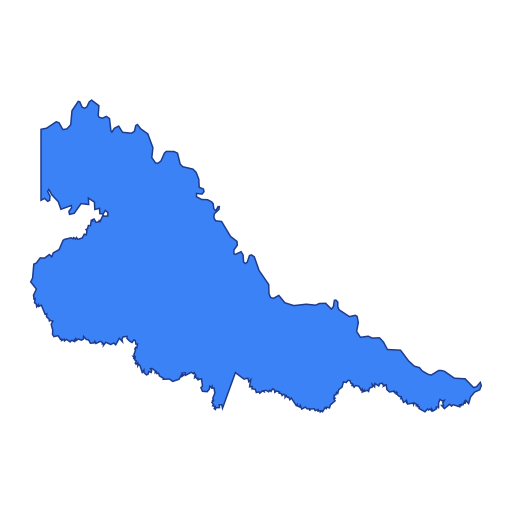 outline of Putumayo, Sucumbios, Ecuador
{"feature_id": "8360857B86865530067586", "entity_name": "Putumayo", "entity_type": "district", "adm_level": 2, "iso_a3": "ECU", "parent_name": "Ecuador", "parent_adm1": "Sucumbios", "projection": "equal_earth", "projection_center": [-75.989, 0.133], "detail": "fine", "context": "isolated", "style": "filled", "palette": "blue", "viewbox_px": 512, "rotation_deg": 0, "n_neighbors": 0, "source": "geoboundaries", "source_scale": "gbopen_adm2", "svg_char_len": 5990}
<svg xmlns="http://www.w3.org/2000/svg" viewBox="0 0 512 512"><path d="M346.3,382.5L347.9,380.4L349.9,380.5L351.0,383.4L352.4,383.7L351.8,386.2L352.8,384.6L354.1,387.2L355.6,385.5L358.8,386.2L361.1,390.1L362.2,389.1L362.2,391.8L363.8,390.3L363.5,391.6L367.3,390.3L368.6,391.4L369.4,388.2L372.5,386.9L372.2,384.2L374.6,386.8L374.9,383.5L378.7,386.0L379.6,383.8L382.3,383.2L383.2,385.1L384.5,385.1L383.9,386.0L386.2,384.9L386.9,389.6L389.6,392.0L394.2,391.1L394.5,392.7L396.4,392.1L396.0,393.5L397.2,393.2L396.9,394.3L399.4,396.5L401.3,396.7L400.9,398.4L401.6,398.0L403.5,402.4L405.8,401.0L406.4,402.2L406.7,401.0L407.6,404.0L413.1,403.1L413.6,404.6L414.1,402.9L416.6,404.4L416.3,405.4L417.7,405.0L417.4,406.6L419.3,406.9L419.0,408.5L425.0,411.8L427.5,409.0L428.6,410.0L429.9,409.0L431.4,410.6L431.7,409.0L432.8,411.1L436.5,408.8L436.1,407.3L438.1,406.6L438.6,408.4L438.6,402.8L440.0,399.4L442.4,401.0L444.3,400.3L442.8,402.9L443.5,405.5L441.7,405.5L444.4,408.6L449.5,404.3L451.5,406.1L453.1,404.7L459.7,406.8L459.5,405.0L460.7,404.6L460.8,406.3L461.6,404.4L462.9,404.9L464.5,401.7L465.0,403.8L465.9,400.5L468.6,403.6L470.6,396.9L474.6,392.1L479.7,389.8L481.3,385.7L480.3,382.4L476.7,386.6L473.6,387.6L465.1,378.8L454.3,378.2L444.5,371.3L441.3,370.5L438.6,370.5L431.2,375.1L428.0,374.3L422.2,370.9L419.4,367.6L414.3,366.2L408.5,360.8L400.5,350.2L387.4,349.5L383.5,342.1L379.5,337.8L372.2,338.1L368.2,336.2L360.4,337.3L356.6,331.4L358.3,322.7L357.1,316.4L355.3,315.3L349.4,316.6L339.1,309.8L337.8,306.8L337.8,302.1L335.9,300.1L334.4,300.3L333.4,306.6L331.4,309.1L325.6,303.3L319.3,303.5L315.7,305.2L306.3,304.2L293.9,305.6L284.9,302.8L278.8,295.4L273.4,298.4L270.5,297.4L269.0,293.7L268.7,284.5L259.1,270.6L254.3,256.8L251.5,254.9L249.5,255.5L247.2,262.3L245.4,263.5L243.6,262.1L243.1,255.1L241.1,251.7L235.4,254.4L233.9,253.7L233.9,250.0L237.3,245.2L237.0,241.4L230.5,236.4L221.6,221.5L215.6,220.8L213.9,217.8L214.2,214.0L219.0,209.3L219.3,206.6L218.1,206.6L215.8,210.8L213.8,208.7L213.2,203.8L211.7,201.9L207.5,199.7L201.7,199.5L196.5,196.7L196.5,193.4L202.0,194.1L204.0,191.7L203.4,189.0L199.2,187.3L198.8,179.3L196.1,172.3L192.9,169.1L182.7,166.7L180.2,164.1L177.5,153.2L174.0,151.5L166.3,151.4L164.4,153.2L160.9,161.1L157.8,163.3L155.5,162.9L151.8,157.6L152.9,147.7L147.8,133.9L140.7,128.8L137.4,124.5L135.7,125.7L134.5,131.2L131.6,133.2L122.5,132.3L118.7,126.1L114.3,128.3L111.9,132.1L110.9,130.8L109.5,118.6L106.4,116.4L102.4,118.2L99.2,117.3L98.2,115.5L98.9,105.7L91.6,100.1L89.3,101.8L86.8,107.0L84.5,108.2L82.1,107.1L79.7,101.7L78.2,101.4L72.0,110.7L70.7,124.8L66.8,129.0L62.8,129.5L59.0,122.7L56.2,121.8L46.6,128.2L41.0,129.3L41.0,200.3L44.6,198.4L47.7,201.3L49.6,200.4L50.0,196.0L47.6,191.5L48.8,189.5L51.9,194.9L58.3,201.7L60.9,209.3L71.3,205.5L71.6,207.9L68.9,211.3L69.5,214.4L74.2,213.3L81.1,203.6L88.7,204.5L88.4,198.1L94.4,202.1L94.8,209.5L99.5,208.3L99.8,213.6L103.1,214.0L105.3,210.4L107.9,212.7L107.8,216.0L104.0,216.2L103.1,215.0L100.0,221.6L99.2,220.6L98.6,221.9L95.9,222.3L94.1,219.0L92.3,219.7L92.6,220.9L91.2,220.5L90.5,225.7L88.4,225.5L87.5,228.8L86.0,229.5L86.9,230.7L86.3,234.8L84.2,234.2L82.3,237.9L77.9,239.4L76.4,237.5L75.6,239.0L73.6,237.6L73.0,238.8L71.0,237.8L64.5,239.4L63.1,240.3L59.1,249.6L53.3,252.8L51.7,256.8L49.4,254.5L44.5,258.1L40.2,257.9L36.2,263.2L33.8,264.1L32.6,278.0L30.7,281.9L36.4,289.1L33.5,295.1L34.0,299.1L35.2,298.7L34.5,302.7L36.3,304.1L36.7,306.8L38.5,304.7L38.7,306.4L41.4,305.2L45.1,314.3L46.7,313.8L46.5,316.7L49.3,319.4L49.2,321.5L49.9,320.3L52.8,321.1L51.2,324.4L52.7,330.0L52.5,334.4L53.9,336.6L58.1,335.7L60.5,339.4L61.8,339.2L61.6,340.5L64.3,339.3L64.5,340.9L66.6,339.4L70.1,341.9L71.7,340.3L74.4,341.5L74.5,339.8L75.6,340.7L76.0,338.9L76.6,340.2L78.4,339.0L81.4,340.2L83.4,339.1L83.6,336.5L86.3,339.5L88.6,339.9L90.4,343.2L94.3,342.9L94.8,341.4L95.9,343.5L100.4,341.3L102.5,342.7L102.3,343.9L103.8,343.8L103.6,345.2L105.8,342.3L110.7,344.5L113.8,343.0L115.7,344.8L119.3,338.3L122.4,341.6L121.9,339.3L123.0,336.9L127.1,336.4L127.1,338.6L130.2,341.5L132.0,342.5L133.9,339.9L135.2,340.5L135.9,344.1L137.5,344.0L136.7,348.0L135.6,347.4L134.8,349.1L135.5,350.2L133.9,354.6L134.6,356.4L133.1,356.3L134.1,357.6L133.4,358.8L135.1,357.5L134.6,359.8L136.4,360.8L135.3,363.0L136.1,364.2L137.7,362.8L137.8,365.7L138.6,364.2L139.9,365.4L142.2,372.4L143.9,370.1L143.9,372.5L146.5,374.9L148.0,374.3L148.9,371.5L151.2,372.5L151.7,370.7L150.5,368.7L151.9,368.4L155.2,370.8L155.2,372.7L156.3,371.7L156.9,373.6L158.6,373.2L159.4,375.9L163.4,378.2L163.2,379.3L169.4,379.0L172.7,381.4L179.0,379.3L181.0,375.8L181.6,376.7L184.2,374.8L182.0,374.8L181.9,373.2L185.3,372.8L185.5,375.3L191.3,372.3L193.4,373.7L194.2,372.7L195.3,374.6L194.8,376.1L195.6,375.8L194.8,377.7L195.9,377.2L197.6,379.3L197.7,377.7L198.5,379.5L201.5,378.9L202.5,386.1L200.9,387.7L202.5,391.3L207.2,391.7L209.4,389.0L209.8,386.1L211.3,387.4L212.1,386.4L212.0,388.2L214.0,388.0L214.9,393.1L212.8,398.1L213.4,399.2L212.6,400.3L213.5,400.8L211.9,402.2L213.5,404.7L212.7,405.8L215.2,406.4L214.2,408.6L215.4,409.4L215.7,407.8L219.5,407.6L219.2,404.8L221.8,404.9L222.5,408.2L235.4,372.6L244.0,379.1L247.9,378.2L248.8,381.7L250.7,379.7L249.6,386.8L252.2,386.6L251.9,388.8L255.3,389.3L256.3,392.5L258.9,391.9L259.8,393.2L262.4,390.9L264.1,391.7L263.8,390.8L266.1,390.3L268.6,391.8L269.8,390.2L271.0,391.4L272.6,388.8L274.6,390.0L274.8,392.3L276.6,391.0L279.5,392.0L279.0,393.0L281.6,393.9L282.1,395.5L283.7,394.3L285.1,395.2L285.1,397.3L286.3,395.6L287.3,397.3L288.8,397.2L289.8,399.7L291.3,398.0L296.2,405.5L297.2,404.5L297.1,405.8L299.7,407.0L300.2,405.4L301.7,409.1L305.4,407.1L307.2,408.9L309.4,408.8L309.9,410.7L310.2,409.0L314.3,408.8L315.1,410.6L318.1,409.6L318.0,411.1L320.2,410.8L320.3,411.9L321.7,410.8L322.6,411.7L325.2,407.4L326.2,408.6L327.0,407.2L329.5,407.9L330.4,404.9L335.1,400.8L333.9,398.9L335.1,398.1L334.1,397.4L334.2,395.2L335.9,394.8L336.5,392.4L337.7,393.5L338.8,389.6L342.1,387.0L343.4,381.9L346.3,382.5Z" fill="#3b82f6" stroke="#1e3a8a" stroke-width="1.5"/></svg>